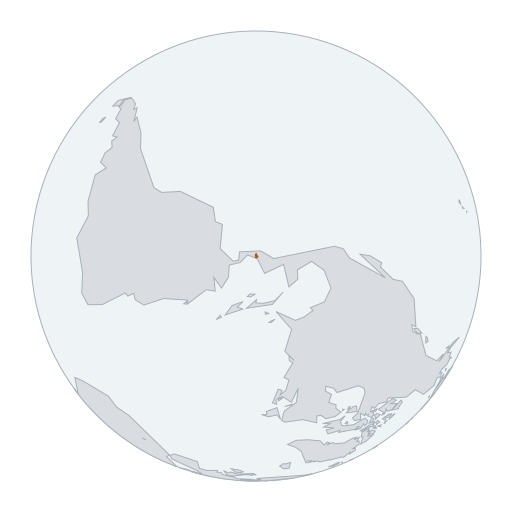 Heredia on an orthographic globe, rotated 148°
{"feature_id": "CRI-1328", "entity_name": "Heredia", "entity_type": "Province", "adm_level": 1, "iso_a3": "CRI", "parent_name": "Costa Rica", "parent_adm1": "", "projection": "orthographic", "projection_center": [-83.91, 10.368], "detail": "medium", "context": "on_globe", "style": "filled", "palette": "amber", "viewbox_px": 512, "rotation_deg": 148, "n_neighbors": 0, "source": "natural_earth", "source_scale": "10m", "svg_char_len": 8299}
<svg xmlns="http://www.w3.org/2000/svg" viewBox="0 0 512 512"><g transform="rotate(148 256 256)"><circle cx="256" cy="256" r="225" fill="#eef3f6" stroke="#a8b0b8"/><path d="M278.2,263.9L272.9,261.5L267.8,268.3L249.2,257.7L242.3,244.4L184.3,222.7L178.1,215.8L177.8,204.8L157.8,168.8L166.8,202.4L159.1,195.7L152.9,183.6L156.3,180.8L152.1,163.5L145.2,156.9L144.5,136.1L157.9,111.3L160.2,115.2L163.1,109.4L160.5,104.5L158.0,102.8L164.6,81.5L158.2,71.3L149.1,73.6L156.6,69.4L134.6,78.3L126.5,79.5L140.0,75.0L144.7,72.3L141.4,71.1L145.5,68.1L146.3,66.1L151.6,62.9L159.0,61.3L162.5,59.4L160.0,58.8L163.7,55.8L166.9,56.9L173.6,51.9L187.3,49.9L191.6,58.1L203.5,56.8L219.4,65.6L222.3,63.1L230.2,65.8L236.4,64.1L237.6,66.9L241.6,63.3L239.3,61.1L240.3,59.0L243.8,58.0L245.9,61.1L244.5,62.1L246.9,62.5L246.4,64.6L248.6,63.1L250.8,67.4L253.8,61.9L259.8,64.3L259.9,67.6L253.1,68.8L236.3,81.8L234.3,86.7L238.1,91.8L259.7,97.3L260.2,102.6L265.8,108.6L268.7,104.6L265.3,98.6L271.9,93.3L267.0,87.3L269.0,84.6L266.6,78.5L274.2,78.0L283.0,81.1L285.3,86.4L289.2,88.1L292.9,82.4L303.0,92.4L319.6,99.8L321.4,102.9L314.3,109.4L299.4,110.4L290.2,121.5L303.5,113.2L307.9,122.4L311.7,123.8L315.7,123.0L317.0,119.3L320.0,122.6L307.9,131.2L305.0,128.3L308.9,125.4L301.9,126.3L293.7,133.4L296.6,138.2L281.3,146.0L283.2,149.7L280.9,153.9L279.0,147.3L282.1,159.8L264.6,175.0L268.5,198.2L256.7,180.5L247.6,178.8L236.7,179.5L237.1,183.3L222.2,180.8L209.4,189.1L205.8,207.8L211.7,222.0L228.2,222.3L232.7,214.2L244.5,212.3L237.0,234.2L257.9,236.7L256.4,253.1L262.6,261.4L272.8,258.9L283.4,262.5L290.6,252.7L302.3,247.0L303.1,260.2L309.2,247.8L316.0,253.8L339.0,251.7L337.4,254.9L356.9,268.9L377.0,273.8L381.7,282.9L379.4,289.1L386.1,290.0L386.2,293.9L412.1,296.3L424.4,303.8L423.4,317.0L411.8,333.9L398.4,366.3L376.9,378.9L369.4,391.5L349.2,410.1L336.4,410.0L338.1,417.9L329.4,423.4L320.5,424.3L317.4,430.0L310.7,430.5L314.0,433.9L301.1,441.4L302.3,446.8L292.4,452.4L293.4,455.3L290.4,455.3L286.7,456.6L285.7,458.2L277.5,455.8L277.5,448.9L282.1,445.2L278.2,444.7L288.3,434.8L283.3,436.9L288.2,421.6L297.1,408.2L306.4,368.0L302.3,359.9L286.0,350.9L266.4,320.0L272.2,306.7L267.7,300.6L282.5,281.3L278.2,263.9ZM53.6,196.2L55.1,191.0L55.3,194.5L53.6,196.2ZM55.2,187.8L54.8,189.5L55.0,188.0L55.2,187.8ZM54.8,186.6L55.1,187.5L54.6,187.0L54.8,186.6ZM54.0,185.7L54.5,186.0L54.4,186.2L54.0,185.7ZM267.9,206.3L291.7,216.7L278.7,218.6L281.1,216.4L274.9,212.0L263.7,208.1L252.1,211.0L267.9,206.3ZM53.6,182.8L53.5,181.9L54.1,181.6L53.6,182.8ZM277.4,192.9L273.3,192.2L277.2,191.9L277.4,192.9ZM156.2,102.6L160.0,104.8L160.9,110.7L157.2,109.1L156.2,102.6ZM155.2,92.6L158.1,92.4L154.5,97.8L154.0,96.2L155.2,92.6ZM141.6,76.4L143.9,77.0L140.2,77.5L141.6,76.4ZM145.5,66.4L143.6,67.3L144.8,65.9L145.5,66.4ZM262.5,79.3L264.5,78.9L263.9,80.2L262.5,79.3ZM259.6,77.2L257.5,79.0L255.8,78.3L257.2,77.2L259.6,77.2ZM153.9,60.0L156.5,57.9L155.2,59.7L153.9,60.0ZM262.6,75.2L253.1,76.8L250.2,75.6L252.8,70.6L262.6,75.2ZM158.9,56.5L165.1,52.0L161.3,53.4L175.6,47.6L165.6,52.9L164.5,54.7L162.4,54.9L158.9,56.5ZM237.1,60.9L239.7,63.1L234.3,62.3L237.1,60.9ZM233.4,61.0L215.5,62.7L213.5,59.4L219.9,59.3L214.6,56.2L222.4,53.7L227.1,54.8L226.8,57.3L230.0,54.5L233.4,61.0ZM182.5,45.5L185.1,44.4L183.8,45.3L182.5,45.5ZM240.3,58.1L236.9,58.5L234.8,55.6L241.3,54.3L239.9,55.6L240.3,58.1ZM209.4,56.9L209.1,54.8L215.3,52.1L216.0,51.0L222.4,53.4L209.4,56.9ZM242.1,55.8L244.7,53.7L248.8,54.3L243.5,57.5L242.1,55.8ZM231.6,55.5L230.9,54.2L233.4,54.4L231.6,55.5ZM264.9,56.1L260.8,56.3L259.4,54.7L264.9,56.1ZM245.4,53.0L243.9,52.8L242.9,52.3L245.4,51.2L245.4,53.0ZM226.4,51.5L229.0,51.0L224.0,50.3L228.5,48.6L232.0,50.7L232.3,49.1L233.7,48.6L235.0,50.9L226.4,51.5ZM244.9,48.7L250.9,51.4L258.7,51.2L260.2,52.5L247.3,52.6L244.9,48.7ZM239.0,49.7L243.0,49.3L242.8,50.9L239.9,52.2L239.0,49.7ZM230.3,46.9L222.5,48.9L222.0,48.4L230.3,46.9ZM247.2,48.3L245.7,47.7L247.8,48.1L247.2,48.3ZM235.5,46.8L232.8,47.5L232.3,46.9L235.5,46.8ZM245.0,46.1L246.9,46.9L245.0,47.7L245.0,46.1ZM240.7,46.2L240.6,45.2L243.2,47.5L239.5,46.5L240.7,46.2ZM235.5,46.2L234.3,46.1L236.7,46.0L235.5,46.2ZM250.9,43.1L254.6,45.7L250.5,47.3L247.5,44.4L250.9,43.1ZM290.6,460.9L277.9,456.8L285.3,458.6L292.0,455.9L298.1,459.0L290.6,460.9ZM309.7,453.4L316.6,451.5L317.8,452.2L313.3,453.7L309.7,453.4ZM415.8,97.2L412.0,93.8L416.8,98.5L420.7,102.3L425.6,107.8L416.9,99.6L420.3,106.2L434.8,128.3L434.7,132.4L430.1,131.4L414.7,112.7L416.6,105.8L411.2,100.1L402.2,94.5L403.5,93.3L400.1,90.5L399.9,88.1L391.2,79.4L389.8,76.9L378.2,69.0L375.9,66.9L383.5,72.0L387.9,74.7L383.4,70.2L380.1,68.0L372.9,63.5L372.8,63.4L388.0,73.5L402.4,84.8L415.8,97.2ZM367.9,60.5L366.2,59.5L365.4,59.1L367.9,60.5ZM361.1,56.7L362.3,57.5L353.9,53.3L345.5,49.3L343.2,48.5L357.0,55.2L362.0,57.8L365.6,59.5L379.8,68.2L383.1,70.9L370.1,63.6L373.4,67.0L361.8,60.8L331.7,44.8L323.3,41.3L325.2,41.6L343.5,48.4L361.1,56.7ZM197.8,38.4L190.3,40.6L184.4,42.5L177.5,45.4L178.2,45.3L182.1,43.9L175.6,47.6L161.3,53.4L160.5,53.2L152.0,57.5L151.5,56.8L147.2,58.8L148.9,57.8L164.7,50.1L181.0,43.6L197.8,38.4ZM480.6,238.2L480.7,239.7L479.8,233.0L479.5,234.2L473.9,249.0L469.0,241.8L455.5,215.4L454.2,201.7L448.3,188.1L434.8,133.3L438.2,133.1L434.8,119.6L435.5,120.1L442.7,130.3L443.9,131.8L452.4,145.6L459.8,160.1L466.2,175.0L471.5,190.4L475.7,206.1L478.7,222.0L480.6,238.2ZM446.8,158.2L448.9,162.2L449.0,162.3L446.8,158.2ZM339.7,251.5L342.6,253.8L338.9,254.2L339.7,251.5ZM277.2,224.1L282.1,224.2L284.8,226.2L281.1,227.0L277.2,224.1ZM317.8,222.4L323.3,223.2L317.7,224.7L317.8,222.4ZM295.4,218.0L313.4,222.3L302.5,226.7L291.1,224.2L298.8,222.7L295.4,218.0ZM275.6,200.5L278.8,201.4L278.0,203.8L275.6,200.5ZM280.2,192.8L279.1,193.1L277.4,191.2L280.2,192.8ZM308.5,121.9L309.6,121.3L313.9,121.3L312.2,123.0L308.5,121.9ZM330.9,113.2L335.3,118.7L331.0,115.6L329.5,118.6L318.6,116.3L321.7,104.5L322.3,110.0L330.9,113.2ZM304.9,110.9L311.5,113.1L304.2,111.2L304.9,110.9ZM381.1,79.7L383.9,80.3L388.1,83.8L389.8,88.7L383.8,83.5L381.1,79.7ZM386.8,80.5L373.4,72.9L371.8,70.1L375.0,72.8L375.2,71.8L380.4,76.0L392.0,81.5L396.4,85.1L397.2,91.2L394.5,86.9L392.0,86.3L386.8,80.5ZM342.0,64.3L336.2,62.6L340.2,58.5L345.2,60.7L347.3,65.3L342.6,65.5L342.0,64.3ZM269.1,66.7L266.6,67.5L266.0,66.5L267.6,65.0L269.1,66.7ZM263.1,56.3L279.3,62.6L277.3,63.7L289.2,67.0L288.6,71.3L280.8,68.8L289.2,75.0L282.0,74.6L288.3,78.6L271.2,72.8L265.0,73.2L272.2,71.0L273.0,66.9L271.5,65.3L262.6,61.2L249.7,60.8L248.5,57.3L251.0,54.9L253.9,54.5L253.8,56.8L257.8,54.6L259.8,57.6L263.1,56.3ZM281.4,38.5L280.1,39.8L288.4,38.9L290.5,40.7L291.3,40.5L295.6,42.1L302.1,43.9L302.1,44.8L304.7,45.1L307.5,46.5L311.1,47.4L312.2,49.5L316.6,50.9L314.7,51.2L322.0,53.2L317.1,52.7L320.3,54.8L323.3,54.2L321.1,66.5L324.0,73.1L329.0,79.3L319.9,78.5L309.4,72.7L299.6,65.3L298.2,59.5L294.3,60.6L292.5,58.3L296.3,58.4L289.4,56.9L288.9,55.1L280.1,50.6L270.4,50.3L267.0,49.0L270.5,48.2L264.6,47.5L268.9,45.3L266.6,44.4L268.5,41.7L276.7,41.3L273.5,40.4L274.8,38.7L281.4,38.5ZM251.8,42.3L261.1,40.6L266.9,41.1L261.1,45.7L262.6,46.8L259.1,50.5L250.9,50.0L252.6,48.9L252.4,47.8L255.1,48.4L252.8,47.1L255.1,45.7L254.0,44.5L257.3,44.2L251.8,42.3ZM433.6,117.4L432.1,115.6L431.9,115.2L431.4,114.7L433.6,117.4ZM426.0,109.7L425.2,108.3L430.3,114.0L430.5,114.7L426.0,109.7ZM420.5,103.1L424.8,107.8L422.6,105.7L420.5,103.1ZM382.2,70.8L380.9,69.6L382.4,70.5L385.1,72.5L382.2,70.8ZM306.5,38.5L304.8,38.6L303.3,38.2L296.3,37.4L294.2,36.4L297.6,36.4L306.5,38.5ZM303.0,37.2L300.4,36.9L300.9,36.6L303.0,37.2ZM292.3,35.7L292.2,35.2L293.2,36.2L292.3,35.7ZM257.2,30.7L259.2,30.8L256.1,30.8L253.1,30.7L253.4,30.7L257.2,30.7ZM281.5,32.6L285.3,33.1L284.7,33.2L281.5,32.6ZM183.6,44.7L185.0,44.5L182.4,45.3L183.6,44.7ZM208.2,35.9L211.8,35.1L208.7,35.8L208.2,35.9ZM218.2,33.9L213.6,34.8L215.9,34.3L218.2,33.9Z" fill="#d9dde1" stroke="#a8b0b8" stroke-width="1"/><path d="M256.2,254.6L256.3,254.5L256.5,254.4L256.7,254.5L256.8,254.7L256.7,254.7L256.6,254.8L256.4,254.9L256.3,255.0L256.3,255.3L256.3,255.5L256.2,255.7L256.2,255.8L256.2,256.0L256.3,256.1L256.2,256.2L256.2,256.3L256.2,256.5L255.8,256.7L255.8,256.8L255.7,256.8L255.4,256.8L255.5,257.0L255.6,257.3L255.5,257.5L255.4,257.6L255.2,257.6L254.9,257.6L255.0,257.4L255.0,256.8L255.0,254.4L255.3,254.4L255.5,254.4L255.9,254.6L256.0,254.6L256.2,254.6Z" fill="#f59e0b" stroke="#b45309" stroke-width="1.5"/></g></svg>